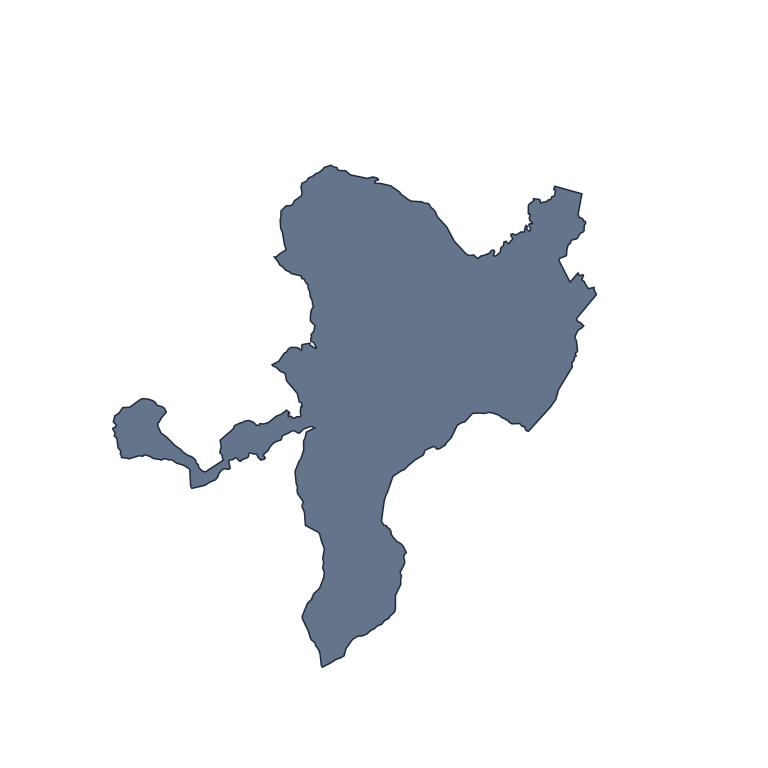 the district of Pasaje, El Oro, Ecuador, rotated 151°
{"feature_id": "8360857B52243980096662", "entity_name": "Pasaje", "entity_type": "district", "adm_level": 2, "iso_a3": "ECU", "parent_name": "Ecuador", "parent_adm1": "El Oro", "projection": "mercator", "projection_center": [-79.713, -3.323], "detail": "fine", "context": "isolated", "style": "filled", "palette": "slate", "viewbox_px": 768, "rotation_deg": 151, "n_neighbors": 0, "source": "geoboundaries", "source_scale": "gbopen_adm2", "svg_char_len": 6159}
<svg xmlns="http://www.w3.org/2000/svg" viewBox="0 0 768 768"><g transform="rotate(151 384 384)"><path d="M358.4,599.3L361.2,596.5L362.9,591.2L364.8,588.7L373.4,587.7L376.9,585.3L379.7,585.4L381.8,586.8L383.6,587.2L390.3,585.2L393.3,579.9L395.3,577.8L398.9,570.2L399.4,565.6L403.4,554.4L404.5,548.9L412.6,548.4L416.6,547.4L418.4,548.3L417.3,542.2L417.5,538.9L415.8,535.4L415.0,531.6L412.3,527.8L411.5,525.5L404.0,518.6L404.8,516.1L403.1,514.4L403.2,510.3L402.4,507.1L403.8,505.1L404.2,500.7L406.1,496.4L406.5,491.3L408.0,488.1L407.7,486.5L412.1,483.6L416.1,478.1L417.8,474.7L416.1,468.4L419.9,464.2L423.8,462.6L424.5,460.3L426.1,459.3L427.2,456.9L425.4,454.3L425.6,448.4L426.2,448.2L427.6,449.8L429.8,453.8L428.9,455.6L436.4,458.1L437.6,457.3L438.8,454.2L439.9,453.7L440.5,454.0L440.7,455.9L442.7,458.3L447.7,461.2L450.9,460.9L454.1,459.2L456.7,459.2L465.1,454.9L472.6,455.1L472.4,453.6L470.3,451.0L468.5,445.3L465.4,441.3L467.5,434.5L467.4,432.4L464.4,417.9L466.8,409.6L465.2,407.1L467.0,403.8L467.6,404.5L470.8,400.2L471.8,396.9L473.0,396.0L476.1,397.7L479.2,397.6L480.0,398.2L481.2,401.1L483.5,402.0L481.8,404.5L481.1,403.8L480.4,404.9L482.0,408.5L488.4,407.3L493.2,408.0L495.7,407.8L503.3,406.3L508.4,407.3L512.0,409.5L513.4,408.3L515.4,409.8L517.1,414.5L520.2,417.9L524.4,419.2L526.1,418.8L528.3,419.6L535.0,420.1L537.1,418.2L539.5,417.4L554.6,414.3L556.7,408.3L560.9,403.6L560.1,400.4L561.4,396.9L561.2,395.3L582.9,393.7L585.2,396.1L586.2,399.4L586.4,400.9L585.6,403.3L586.4,406.3L585.7,408.7L586.5,411.8L588.1,414.6L589.8,416.1L592.7,421.6L593.4,425.1L596.6,431.4L599.9,443.1L602.8,449.3L602.1,457.0L600.7,459.6L599.3,459.6L594.8,462.4L588.0,464.9L587.8,469.3L589.0,471.5L592.9,475.7L592.9,478.3L594.0,481.2L597.6,485.2L602.2,488.2L604.7,488.6L617.8,487.0L623.9,490.0L629.9,487.1L634.8,486.7L639.2,482.0L638.1,478.4L638.4,477.4L639.7,476.7L642.3,476.8L643.1,476.2L642.9,471.6L645.1,469.5L644.0,466.0L647.6,456.9L646.7,453.3L648.6,450.5L648.4,448.7L649.3,446.9L644.6,443.7L643.6,442.3L632.8,439.9L630.2,437.8L627.3,438.0L623.9,434.2L622.0,430.8L616.5,426.5L616.1,425.6L611.9,425.1L609.1,422.1L606.2,420.4L603.7,415.2L598.9,410.4L595.7,404.9L595.4,403.2L602.6,388.5L602.7,385.9L590.1,382.2L583.9,382.6L578.0,381.9L574.8,383.0L571.7,385.8L567.0,387.5L564.5,387.2L561.3,384.7L559.4,384.9L557.1,391.9L555.5,392.2L552.6,391.0L550.3,391.5L548.9,391.0L548.0,387.1L547.0,386.0L544.2,386.5L539.1,385.7L537.8,386.2L535.9,388.7L534.2,388.6L532.3,386.2L529.4,384.5L529.7,380.8L528.7,377.3L525.5,376.2L523.7,376.8L524.0,379.9L523.5,380.8L517.9,381.8L514.1,384.3L509.3,385.8L505.9,385.9L501.6,385.0L500.3,385.6L498.8,387.4L496.9,388.0L492.5,387.4L486.9,387.5L485.4,386.8L482.7,382.5L481.4,382.0L476.7,383.5L470.2,382.8L467.8,381.8L465.8,379.2L475.3,379.6L478.6,375.7L482.2,372.9L486.2,365.2L493.0,358.9L496.0,357.5L504.3,350.6L508.9,339.9L509.6,335.9L511.6,333.1L512.7,330.0L511.7,319.8L514.0,318.2L515.2,316.3L515.7,310.6L521.3,298.4L513.2,285.9L513.0,284.0L514.9,276.7L516.1,268.6L522.2,261.2L523.2,257.3L526.8,252.9L527.5,248.1L530.8,243.7L539.5,236.5L547.2,234.6L551.8,230.8L557.3,229.3L568.4,220.3L569.2,218.0L569.9,205.4L571.6,197.0L571.5,195.1L569.8,190.9L570.6,188.3L570.0,183.2L570.7,179.2L575.2,168.4L575.2,166.2L566.9,165.9L558.9,166.4L555.8,165.6L550.7,165.6L545.5,171.0L535.5,175.8L529.1,176.2L525.5,174.3L520.6,173.6L514.7,174.9L510.9,174.6L507.6,175.7L502.7,175.0L497.8,176.8L493.4,176.6L492.1,177.8L486.0,179.3L484.5,180.1L482.6,182.4L476.6,193.4L466.6,200.5L463.6,205.8L461.7,207.5L461.4,211.4L454.5,215.8L452.2,218.1L450.4,223.5L448.5,225.0L446.2,225.7L445.8,232.7L446.7,236.2L449.3,240.7L450.2,245.4L450.6,249.0L449.3,251.8L449.4,254.9L450.6,256.9L450.5,258.8L452.6,260.7L452.7,265.3L440.9,281.1L436.3,285.8L433.6,287.5L420.9,298.9L410.7,299.7L407.8,299.2L402.1,300.9L393.7,302.5L384.5,302.8L383.0,303.5L381.1,305.6L379.5,306.2L371.1,305.3L370.1,304.6L369.3,301.3L366.7,300.5L359.6,300.9L359.5,301.7L351.0,304.5L339.9,312.4L335.3,312.5L331.6,311.7L320.7,315.4L314.5,312.3L310.2,309.3L306.3,308.6L303.1,306.0L298.5,300.9L297.1,297.2L295.1,295.2L294.8,293.6L293.2,292.2L293.1,290.1L291.4,287.1L284.4,283.6L283.8,279.9L281.9,279.0L282.3,274.4L280.6,272.6L250.0,283.0L241.2,287.2L234.1,294.4L210.8,307.8L209.4,311.6L207.0,312.1L203.8,315.3L202.3,315.3L202.0,318.1L199.5,318.5L198.4,319.6L194.7,328.6L194.7,331.5L193.6,333.2L188.1,337.0L183.3,337.3L181.1,338.1L182.5,342.7L184.1,344.5L184.2,347.4L183.6,348.0L154.9,359.2L154.5,364.9L153.4,366.6L159.0,368.3L159.5,374.5L159.1,376.5L160.4,379.3L156.9,382.2L157.1,383.1L160.6,384.1L160.5,387.1L171.9,382.9L171.1,407.1L169.9,408.7L162.2,407.8L158.7,413.1L155.8,416.1L152.3,417.1L150.8,419.0L144.7,417.5L139.2,420.6L136.4,420.4L134.7,421.0L132.1,425.5L129.9,426.5L129.0,428.6L130.3,429.5L130.2,432.4L132.2,434.8L132.0,438.3L118.7,454.4L138.8,474.2L141.1,472.0L140.2,470.0L143.4,466.2L144.5,465.8L146.2,466.5L148.9,464.5L151.4,465.4L153.7,464.7L156.3,465.9L158.8,466.0L159.2,467.2L158.3,468.7L158.6,470.1L163.5,473.6L164.0,471.8L169.6,471.0L171.4,469.9L175.2,463.0L175.1,462.5L174.0,462.2L174.0,461.4L176.8,458.3L177.0,455.9L176.2,452.5L176.8,452.2L178.8,453.5L179.9,453.3L180.6,451.6L180.3,449.1L181.8,447.4L183.1,447.5L183.9,449.7L183.9,450.6L182.3,452.5L182.8,453.8L184.6,452.6L187.8,448.9L190.7,450.7L194.9,450.2L197.1,450.9L198.5,452.9L200.4,453.4L201.0,452.0L201.1,448.5L201.7,448.0L204.2,447.7L205.8,446.6L207.3,446.5L208.1,449.7L210.3,450.0L212.3,447.3L215.9,446.3L218.7,442.7L224.7,441.8L226.0,443.3L223.5,445.5L222.9,446.9L223.1,447.9L224.5,448.6L226.0,448.6L228.1,447.4L233.8,447.9L237.4,449.0L239.9,448.3L241.2,448.6L242.4,450.8L242.8,453.3L247.3,455.2L249.1,457.8L253.3,474.7L253.0,491.0L256.3,504.6L255.6,509.0L256.1,512.9L257.3,515.5L257.4,519.6L258.1,520.7L261.1,522.6L262.6,525.1L271.2,530.5L273.3,533.4L277.6,543.0L277.1,543.6L277.6,545.0L282.0,554.0L289.7,561.0L294.6,563.9L293.3,565.8L290.1,565.2L289.6,565.9L290.3,567.6L293.3,570.5L298.9,571.9L311.9,583.1L314.4,589.3L319.7,592.4L320.5,594.6L320.2,596.2L322.1,597.5L324.4,601.1L331.5,602.4L333.4,601.3L339.7,600.4L341.5,601.1L344.5,600.4L350.3,600.7L353.3,599.0L358.4,599.3Z" fill="#64748b" stroke="#1e293b" stroke-width="1.5"/></g></svg>